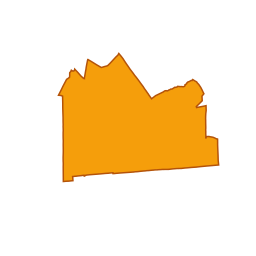 Dragotesti, Dolj, Romania (Equal Earth projection), rotated 328°
{"feature_id": "2599482B56727122450816", "entity_name": "Dragotesti", "entity_type": "district", "adm_level": 2, "iso_a3": "ROU", "parent_name": "Romania", "parent_adm1": "Dolj", "projection": "equal_earth", "projection_center": [24.092, 44.259], "detail": "fine", "context": "isolated", "style": "filled", "palette": "amber", "viewbox_px": 256, "rotation_deg": 328, "n_neighbors": 0, "source": "geoboundaries", "source_scale": "gbopen_adm2", "svg_char_len": 3816}
<svg xmlns="http://www.w3.org/2000/svg" viewBox="0 0 256 256"><g transform="rotate(328 128 128)"><path d="M200.7,145.3L205.4,144.2L207.6,140.2L210.5,139.2L210.7,137.1L210.9,135.7L211.0,134.8L211.1,133.3L211.2,132.4L211.1,128.6L210.7,126.7L210.6,125.9L210.7,125.6L210.6,125.3L210.3,124.6L209.6,123.4L208.6,121.2L207.5,121.7L207.0,121.2L204.3,121.0L203.1,120.7L201.7,121.0L201.2,121.5L199.1,121.6L198.8,122.3L197.9,122.6L196.7,122.3L195.3,121.2L194.1,120.5L192.2,119.0L191.7,119.2L191.1,119.1L190.1,118.9L189.7,118.5L189.1,118.2L188.1,118.3L187.0,118.3L185.8,118.2L184.7,117.6L183.8,117.7L182.8,117.4L181.7,117.5L180.9,117.3L180.3,116.7L179.3,116.1L178.5,116.0L177.0,116.1L168.6,115.2L163.5,115.7L163.4,114.3L163.3,113.2L163.3,112.7L163.2,111.1L163.2,109.5L163.1,108.6L163.0,106.1L162.8,103.5L162.8,101.0L162.4,96.2L162.3,94.4L161.9,89.8L161.8,88.9L161.5,86.8L161.4,84.5L161.0,80.3L160.9,79.4L160.8,76.3L160.6,72.5L160.5,69.1L160.5,66.6L160.2,63.5L159.9,61.4L159.7,59.9L159.3,60.1L158.2,60.8L155.2,61.4L150.1,62.8L146.7,63.7L144.0,64.3L142.5,64.1L141.5,63.7L140.1,63.3L138.6,62.9L137.4,62.5L134.8,57.6L132.3,52.5L131.0,50.0L130.5,49.0L130.3,48.6L130.2,48.6L129.9,48.9L129.4,49.3L129.0,49.8L128.4,50.4L126.7,52.2L125.6,53.4L124.7,54.4L123.4,56.0L122.5,56.9L121.8,57.7L118.7,61.2L117.8,62.1L117.4,62.6L117.3,62.8L117.2,63.0L116.8,62.6L116.5,62.0L116.2,61.1L116.1,60.5L115.8,59.8L115.5,58.0L115.2,56.3L114.9,54.3L114.5,52.3L114.3,51.5L114.2,50.8L114.0,49.8L113.8,50.0L113.4,50.5L113.2,50.7L113.0,50.8L112.7,50.8L112.4,50.9L112.1,50.8L111.8,50.7L111.6,50.6L111.3,50.4L111.2,50.2L111.0,49.9L110.9,49.7L110.8,49.4L110.7,49.2L110.6,48.9L110.4,48.9L110.2,49.1L109.9,49.6L109.5,49.8L109.2,49.8L108.6,50.0L107.9,50.2L107.2,51.2L106.5,52.4L105.3,54.0L103.5,54.2L101.7,54.2L94.7,58.3L92.2,59.9L88.9,61.9L88.2,62.3L87.2,62.9L86.4,63.4L87.9,64.5L88.5,65.1L89.4,66.3L85.8,72.4L83.5,76.1L80.0,82.1L78.3,85.0L76.2,88.4L74.8,90.8L73.6,92.6L72.7,94.2L72.1,95.2L71.5,96.2L70.9,97.0L69.0,100.0L67.6,102.3L66.3,104.6L64.1,108.0L61.0,113.1L59.9,114.8L59.3,115.7L58.7,116.6L57.3,118.7L55.3,122.0L54.6,123.3L53.6,124.9L52.6,126.4L44.8,139.1L46.0,139.7L47.0,140.2L48.5,141.0L48.9,141.3L50.1,141.9L51.6,142.6L53.4,143.5L54.2,142.0L55.0,140.5L55.3,139.8L56.3,140.3L57.0,140.6L58.5,141.4L60.3,142.2L61.9,143.0L63.3,143.7L63.9,143.9L64.5,144.2L65.2,144.6L65.5,144.7L65.4,145.1L65.3,145.4L65.4,145.6L66.0,145.8L66.3,145.7L66.6,145.5L66.8,145.6L67.4,145.8L67.6,145.9L67.8,145.9L68.6,146.3L70.3,147.1L80.3,152.3L82.3,153.3L84.7,154.5L87.3,155.9L89.6,157.0L91.5,158.0L91.1,158.7L91.7,159.1L94.0,160.2L97.9,162.2L101.1,163.9L105.8,166.4L108.7,167.9L109.6,168.4L110.6,168.8L111.2,169.1L111.9,169.5L113.4,170.3L114.3,170.7L116.0,171.5L118.4,172.7L120.1,173.6L121.3,174.1L122.9,175.0L126.2,176.6L127.3,177.2L128.6,177.8L129.5,178.3L129.8,178.5L130.3,178.8L131.9,179.6L132.5,179.9L133.5,180.5L134.5,181.0L135.1,181.3L140.5,184.6L144.3,186.4L148.0,188.3L151.9,190.6L154.9,192.0L157.4,193.3L161.2,195.2L165.1,197.3L168.7,199.0L173.7,201.5L173.9,201.6L178.6,204.0L185.3,207.4L187.4,203.1L190.0,198.7L193.5,192.5L195.3,189.4L196.2,188.0L196.8,187.0L197.8,185.4L198.1,184.8L197.9,184.6L197.7,184.4L197.4,184.2L197.1,183.8L196.9,183.5L196.6,182.9L196.3,182.5L196.1,182.2L195.7,181.6L195.4,181.2L195.0,180.7L194.4,180.2L194.0,179.9L193.9,179.7L193.7,179.5L193.5,179.4L193.4,179.3L193.0,179.0L192.5,178.4L192.0,178.0L190.8,177.3L190.5,177.1L190.1,177.1L189.8,177.1L189.4,177.4L189.0,177.6L188.4,178.2L188.9,177.3L189.3,176.7L189.7,176.2L191.0,173.9L192.1,172.2L192.9,170.7L193.7,169.6L194.4,168.5L195.0,167.5L196.3,165.3L198.2,162.2L198.7,161.3L200.4,158.7L201.0,157.9L201.2,157.5L203.6,154.5L206.0,150.4L204.5,149.9L202.7,149.2L197.0,147.0L197.3,146.0L198.3,145.8L199.0,145.6L199.9,145.5L200.7,145.3Z" fill="#f59e0b" stroke="#b45309" stroke-width="1.5"/></g></svg>